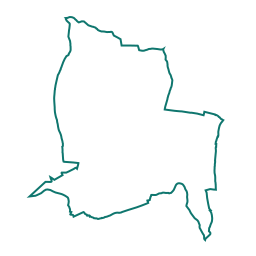 Traian, Bacau, Romania, rotated 3°
{"feature_id": "2599482B58001489717641", "entity_name": "Traian", "entity_type": "district", "adm_level": 2, "iso_a3": "ROU", "parent_name": "Romania", "parent_adm1": "Bacau", "projection": "equal_earth", "projection_center": [27.033, 46.645], "detail": "fine", "context": "isolated", "style": "outline", "palette": "teal", "viewbox_px": 256, "rotation_deg": 3, "n_neighbors": 0, "source": "geoboundaries", "source_scale": "gbopen_adm2", "svg_char_len": 5765}
<svg xmlns="http://www.w3.org/2000/svg" viewBox="0 0 256 256"><g transform="rotate(3 128 128)"><path d="M210.9,235.8L211.1,234.6L212.8,232.9L215.2,230.4L215.7,229.7L215.8,229.1L215.7,228.4L215.4,227.9L214.5,227.1L214.2,226.8L214.2,226.4L214.3,225.5L214.3,224.5L214.3,223.8L214.5,223.3L215.0,222.3L215.4,220.6L215.8,219.4L216.4,217.9L216.7,216.7L216.8,215.1L216.8,213.7L216.3,210.6L215.6,208.3L214.8,207.0L214.1,206.2L214.9,205.9L213.3,204.2L212.1,199.7L210.7,193.7L209.9,188.5L208.8,186.2L212.9,184.8L213.6,184.7L214.8,184.8L217.0,185.0L219.0,185.0L218.9,184.5L218.5,179.5L218.4,179.4L218.3,178.2L217.9,176.6L217.7,172.7L217.5,171.1L216.8,168.3L216.6,165.9L216.6,163.1L216.5,162.3L216.7,161.5L216.6,159.4L216.8,157.9L216.7,157.5L216.8,156.5L216.6,156.2L216.9,148.7L217.0,146.8L216.9,145.4L216.8,144.5L216.6,143.4L216.8,142.2L217.0,142.2L217.0,141.3L217.0,140.4L217.0,139.3L216.3,139.3L216.3,138.7L216.4,138.2L216.5,136.9L216.9,136.1L217.1,134.8L217.5,133.6L217.7,132.5L218.0,131.7L218.4,131.8L218.6,130.8L218.6,130.1L218.4,127.5L218.4,126.7L218.9,123.1L219.4,120.7L220.1,119.1L220.7,118.0L221.7,116.7L222.7,115.2L222.2,115.0L221.7,114.6L220.9,114.3L220.3,114.0L218.8,112.4L218.3,112.3L218.0,112.1L217.7,111.6L217.1,111.2L216.4,110.8L215.5,110.4L215.0,110.3L214.8,110.5L214.5,110.4L214.2,110.2L214.1,109.9L203.4,107.8L203.2,109.4L202.8,111.3L196.4,110.0L190.6,109.4L189.4,109.5L180.8,108.6L178.4,108.6L173.7,108.4L167.2,107.9L163.7,107.6L163.8,106.5L164.1,104.7L165.8,97.4L166.0,95.8L166.3,94.7L166.5,93.5L167.4,90.8L167.8,88.6L168.4,87.1L168.5,86.2L169.1,84.8L169.4,83.4L169.6,81.2L169.8,77.9L169.0,76.0L168.6,75.5L168.6,75.0L168.0,73.4L167.8,72.9L166.7,71.3L166.3,70.4L165.2,66.9L164.6,65.4L164.3,64.2L164.2,63.6L164.2,62.8L163.8,60.6L163.6,59.8L163.4,59.4L162.3,58.2L162.0,57.8L161.9,57.6L162.0,55.6L161.9,55.1L161.9,54.5L161.9,54.0L160.9,52.0L159.7,50.0L159.1,48.2L159.0,47.7L159.2,47.2L158.8,47.5L157.0,47.9L156.2,47.9L153.1,47.6L148.7,47.4L147.5,47.5L146.5,47.8L145.4,47.9L144.7,48.0L143.1,48.8L141.0,49.5L140.4,49.8L139.5,50.0L138.0,50.1L135.1,49.7L133.7,45.7L133.4,45.3L127.0,45.5L117.3,46.0L115.9,39.7L112.7,38.1L109.0,36.4L107.5,33.5L107.0,33.0L106.2,32.8L105.9,32.8L105.5,33.0L101.9,33.3L98.9,32.9L96.5,33.0L94.4,32.4L92.8,31.7L91.9,30.6L91.3,30.5L90.4,29.5L88.7,29.0L87.8,28.7L87.1,28.7L83.0,27.5L80.5,25.5L78.4,23.9L76.3,23.9L73.7,25.0L73.2,25.1L71.5,23.9L70.6,22.9L69.9,22.5L68.9,21.5L68.1,20.9L66.3,20.3L64.9,20.2L63.8,20.3L61.8,21.2L60.4,21.4L60.9,21.8L60.2,22.4L61.1,24.0L63.2,25.8L63.8,26.2L64.3,26.8L64.4,27.4L64.4,28.9L64.2,32.0L64.0,33.4L63.9,35.8L63.7,39.3L63.7,39.9L63.9,40.4L65.0,42.9L65.3,43.5L65.6,44.2L65.8,45.5L66.0,46.3L66.1,47.2L66.1,48.3L66.4,49.7L66.6,52.6L66.6,53.1L66.5,53.8L66.1,55.0L65.7,55.6L64.9,57.2L64.9,57.9L64.1,58.7L63.4,59.1L63.1,59.2L62.8,59.4L61.2,62.3L59.8,65.8L59.2,67.8L58.8,69.0L58.4,70.5L58.0,71.5L57.7,72.4L57.7,72.9L57.7,73.2L57.4,73.6L57.1,74.2L56.7,75.6L56.0,77.3L55.2,78.8L54.1,85.0L53.4,89.2L53.2,91.4L53.0,92.4L53.1,93.1L52.9,94.2L52.8,98.0L52.7,100.5L52.7,102.3L53.0,105.5L53.7,111.2L53.8,112.9L54.2,116.0L54.7,118.1L55.3,120.3L56.0,122.3L56.6,123.6L57.0,125.9L57.6,127.8L58.1,130.4L58.7,132.7L59.0,133.6L59.5,134.7L60.3,136.1L61.3,138.3L61.8,139.9L62.2,141.7L63.2,144.6L63.4,145.7L63.8,147.0L63.8,147.6L63.9,149.0L63.8,149.6L63.3,150.2L63.5,150.9L63.8,153.5L63.9,156.1L64.1,156.4L64.5,160.0L64.9,163.1L65.4,164.9L66.0,165.1L75.1,165.3L80.3,165.6L80.3,165.9L80.1,167.3L79.2,171.3L78.2,170.4L77.2,170.8L76.0,171.7L71.3,174.4L68.6,175.8L64.2,176.0L64.0,176.4L65.1,178.5L58.9,182.5L57.2,183.6L54.6,182.0L53.1,181.2L53.7,182.9L54.1,183.6L54.3,184.2L54.5,185.0L54.5,185.4L54.3,185.6L53.8,185.9L48.4,186.1L33.3,201.5L39.1,200.5L40.4,199.9L44.7,197.6L47.5,195.0L49.2,193.9L50.8,193.6L53.8,194.0L56.1,195.1L59.0,196.2L61.0,196.6L64.0,197.2L65.3,197.5L66.9,198.1L68.7,198.9L70.8,200.1L71.6,200.7L72.1,201.8L72.6,204.0L72.7,204.8L72.6,205.6L72.5,206.9L72.2,208.2L73.5,210.0L73.7,210.7L74.3,212.0L74.5,213.1L74.4,214.6L75.8,214.9L74.9,217.3L75.1,217.5L77.0,217.6L77.5,217.7L77.7,217.9L77.9,218.1L78.3,219.4L87.9,214.3L88.4,214.5L89.0,215.1L89.3,215.7L89.6,216.0L90.1,216.3L91.4,216.7L91.5,216.8L91.5,217.3L91.6,217.6L92.0,217.7L92.4,217.6L92.8,217.4L93.6,217.3L94.1,217.4L94.5,217.7L94.5,217.9L94.3,218.3L94.4,218.5L94.8,218.3L95.3,218.4L96.0,218.8L96.6,219.0L97.3,219.1L98.1,219.4L98.8,219.9L99.2,219.9L99.6,219.8L100.2,220.0L100.9,219.9L101.5,219.9L102.3,220.3L102.9,220.4L103.7,220.2L105.1,219.7L105.9,219.6L106.2,219.4L106.4,219.2L106.9,219.3L107.4,219.2L107.8,219.0L108.4,218.9L108.8,218.7L109.5,218.2L109.8,218.0L110.3,218.0L111.9,217.5L113.6,216.7L114.3,216.5L115.5,215.8L116.9,214.9L118.1,214.2L119.7,213.5L120.6,213.3L121.6,213.1L122.9,213.1L123.4,213.2L125.4,212.8L126.5,212.2L132.1,210.0L141.0,206.7L145.3,204.9L150.4,202.6L152.0,201.8L151.9,201.6L151.9,200.6L151.4,200.1L151.1,199.6L151.1,199.4L153.3,198.9L153.5,198.8L153.6,198.1L154.0,196.1L154.1,195.6L154.5,194.9L154.6,194.4L154.6,193.9L154.8,193.6L158.5,193.5L159.4,193.4L159.9,193.2L160.7,192.8L162.3,191.8L162.6,191.7L164.7,191.4L165.1,191.3L165.6,190.9L166.5,190.7L167.2,190.7L169.3,190.9L171.8,190.7L172.4,191.1L172.6,191.1L174.0,190.6L174.5,190.5L176.2,188.5L177.0,187.3L178.8,182.6L179.3,181.8L180.2,181.0L181.1,180.6L182.2,180.5L183.6,180.7L184.7,181.0L185.5,181.4L186.3,182.2L187.6,184.0L188.4,186.0L188.9,186.8L189.8,188.0L190.3,189.3L190.7,191.5L190.6,193.8L190.8,195.0L191.0,196.1L191.2,197.6L191.2,198.9L190.6,201.2L190.4,202.4L190.4,202.9L193.6,206.7L195.0,209.3L195.8,210.4L199.3,214.6L202.1,216.5L203.1,217.7L204.1,220.0L204.7,221.2L204.6,222.7L204.8,224.0L205.1,224.5L205.4,224.9L206.5,226.8L208.4,229.8L209.3,230.9L209.7,232.3L209.8,234.1L209.9,234.6L210.3,235.3L210.9,235.8Z" fill="none" stroke="#0f766e" stroke-width="2"/></g></svg>